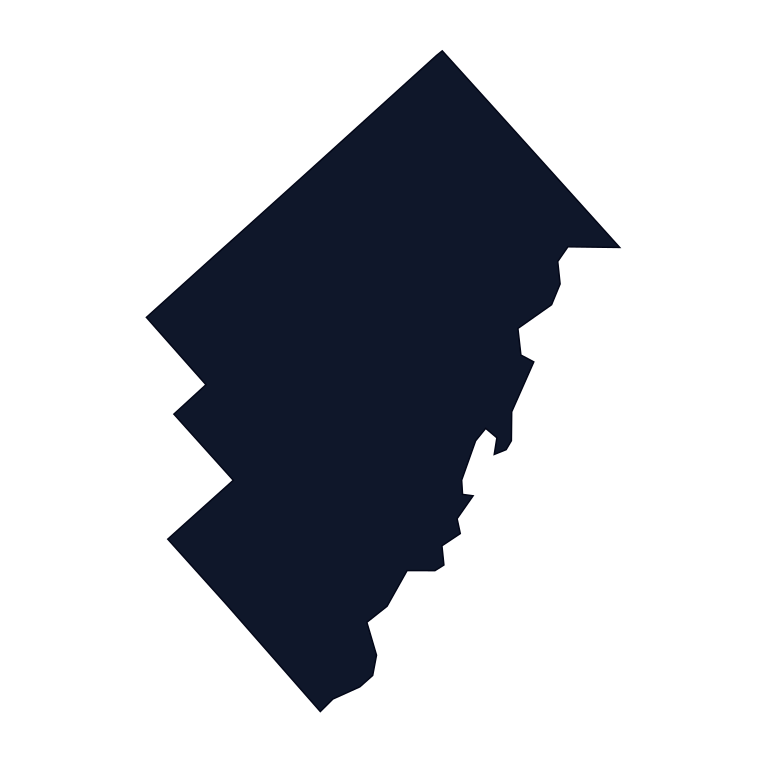 McIntosh, Oklahoma, United States of America (Mercator projection), rotated 318°
{"feature_id": "52423323B48474390013644", "entity_name": "McIntosh", "entity_type": "district", "adm_level": 2, "iso_a3": "USA", "parent_name": "United States of America", "parent_adm1": "Oklahoma", "projection": "mercator", "projection_center": [-95.687, 35.348], "detail": "fine", "context": "isolated", "style": "filled", "palette": "ink", "viewbox_px": 768, "rotation_deg": 318, "n_neighbors": 0, "source": "geoboundaries", "source_scale": "gbopen_adm2", "svg_char_len": 723}
<svg xmlns="http://www.w3.org/2000/svg" viewBox="0 0 768 768"><g transform="rotate(318 384 384)"><path d="M119.4,443.5L117.5,584.8L135.2,583.9L163.5,592.9L180.6,593.0L197.0,580.5L211.8,549.6L237.6,551.2L276.3,538.1L297.0,556.8L307.4,558.6L318.8,543.0L340.6,546.2L348.2,533.0L375.4,526.7L368.5,518.6L377.4,507.4L414.1,487.5L429.9,485.0L431.9,499.5L418.8,510.1L430.8,514.5L440.7,511.4L460.3,490.1L510.1,467.8L505.1,454.1L520.7,432.3L561.6,437.2L581.8,427.5L595.1,409.2L612.5,405.1L650.5,440.2L650.4,261.4L650.2,175.4L642.9,175.0L461.7,175.5L417.1,175.5L385.8,175.5L343.3,175.4L252.0,175.5L251.2,265.4L207.7,265.8L207.6,354.7L136.6,354.6L119.5,354.6L119.4,443.5Z" fill="#0f172a" stroke="#020617" stroke-width="1.5"/></g></svg>